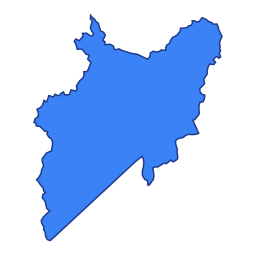 the district of Barão do Triunfo, Rio Grande do Sul, Brazil
{"feature_id": "56859067B82234756423310", "entity_name": "Barão do Triunfo", "entity_type": "district", "adm_level": 2, "iso_a3": "BRA", "parent_name": "Brazil", "parent_adm1": "Rio Grande do Sul", "projection": "orthographic", "projection_center": [-51.79, -30.431], "detail": "fine", "context": "isolated", "style": "filled", "palette": "blue", "viewbox_px": 256, "rotation_deg": 0, "n_neighbors": 0, "source": "geoboundaries", "source_scale": "gbopen_adm2", "svg_char_len": 2803}
<svg xmlns="http://www.w3.org/2000/svg" viewBox="0 0 256 256"><path d="M90.6,15.4L90.4,19.0L92.3,20.9L91.0,25.1L90.4,28.1L91.5,30.8L93.7,34.1L92.3,35.9L90.0,35.6L86.6,33.2L82.4,33.4L83.3,35.9L79.4,40.6L75.8,39.0L74.3,41.4L76.0,44.4L77.2,49.2L82.1,49.2L86.0,54.1L89.1,55.1L87.7,59.2L91.1,62.7L89.7,65.6L87.4,71.4L83.8,71.7L84.1,74.6L83.0,77.9L79.5,81.0L76.3,86.2L77.2,88.8L75.7,91.2L71.1,89.8L69.3,94.7L64.7,94.8L63.5,91.9L60.7,93.5L59.7,95.5L57.1,95.4L55.1,94.2L53.4,96.9L48.8,95.6L48.0,98.4L46.5,102.0L44.0,100.4L42.4,105.6L40.1,107.7L37.0,109.4L38.3,112.8L38.3,116.3L35.0,119.0L34.0,122.5L35.9,122.9L36.2,125.8L40.1,126.5L44.8,131.2L47.7,131.7L47.0,134.1L48.8,137.1L50.8,138.4L52.2,140.6L52.6,143.8L51.5,150.8L46.2,153.2L44.5,155.9L42.1,158.9L42.5,162.6L43.7,165.3L41.8,169.5L40.9,173.8L38.5,177.8L36.6,179.7L38.4,181.6L40.1,184.4L43.1,188.0L43.9,191.3L45.5,192.5L42.9,194.6L42.3,197.8L45.2,201.5L46.1,205.8L47.0,208.8L49.7,210.8L43.6,216.8L41.2,220.5L41.9,223.6L44.0,227.2L43.6,229.6L45.5,232.8L45.3,235.1L46.1,237.4L47.5,239.6L50.2,240.6L54.5,236.8L66.6,225.5L88.5,205.2L99.4,195.0L105.7,189.3L112.5,182.9L127.3,169.1L135.8,161.3L142.0,156.4L143.5,159.3L143.8,163.3L143.2,168.1L142.4,170.4L142.4,175.4L144.7,179.4L147.0,180.3L147.8,182.6L148.0,185.3L149.9,184.4L151.4,181.9L153.2,179.8L153.9,176.3L153.6,172.2L152.7,168.1L155.1,166.9L157.6,167.0L159.7,165.8L161.8,164.5L164.2,163.0L166.2,163.7L168.5,162.0L170.6,160.0L172.9,161.8L175.5,160.7L177.7,158.6L177.5,154.9L177.0,151.9L177.3,149.3L176.6,147.2L175.7,143.8L175.5,140.8L177.9,138.7L181.4,137.9L183.4,137.4L185.9,135.2L188.4,134.4L191.1,134.5L194.1,134.5L196.5,134.1L198.7,133.3L192.8,120.3L194.9,119.6L196.8,117.1L198.3,115.4L199.4,113.3L198.9,110.2L199.0,107.8L199.0,105.2L200.1,102.2L203.1,101.8L204.4,98.9L204.8,95.2L201.6,94.1L199.9,91.3L199.9,88.4L202.2,86.2L204.6,83.4L203.7,79.5L205.5,76.5L207.2,74.0L207.2,70.6L208.2,66.5L209.6,64.1L211.7,64.3L213.9,64.5L215.6,62.2L213.2,59.8L215.4,57.3L217.4,56.5L218.8,58.3L220.6,56.9L219.3,53.5L220.5,50.9L219.8,48.7L220.1,46.1L219.5,43.7L220.3,40.1L222.0,36.4L220.1,32.7L218.6,29.4L218.2,26.9L216.9,24.0L213.7,24.2L211.2,22.4L208.6,21.5L206.0,19.3L204.0,18.4L202.1,17.7L199.4,21.2L197.5,22.1L194.5,20.8L192.1,20.9L192.6,23.0L190.9,25.5L188.7,25.8L186.9,27.6L183.9,28.1L180.4,28.3L180.4,30.7L177.1,35.1L174.3,36.6L172.3,37.6L170.3,40.9L169.2,43.7L166.9,45.0L165.7,47.4L165.9,50.2L163.6,50.2L161.6,49.9L158.7,51.7L156.7,52.1L153.2,51.2L150.3,53.1L149.8,56.7L147.7,59.2L137.7,54.5L135.7,53.9L133.1,53.8L128.9,52.6L124.9,51.3L121.7,50.4L119.3,48.9L116.4,49.5L114.4,49.6L113.4,46.1L111.5,45.0L109.6,44.2L106.9,44.6L104.9,44.5L105.0,41.8L102.6,40.1L104.2,37.8L105.3,35.1L103.5,32.2L100.5,30.8L98.3,23.2L96.0,21.5L94.5,19.1L92.3,17.4L90.6,15.4Z" fill="#3b82f6" stroke="#1e3a8a" stroke-width="1.5"/></svg>